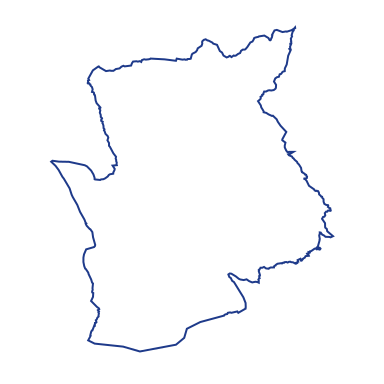 Atexcal, Puebla, Mexico (Robinson projection), rotated 350°
{"feature_id": "50627088B34758955275984", "entity_name": "Atexcal", "entity_type": "district", "adm_level": 2, "iso_a3": "MEX", "parent_name": "Mexico", "parent_adm1": "Puebla", "projection": "robinson", "projection_center": [-97.669, 18.376], "detail": "fine", "context": "isolated", "style": "outline", "palette": "blue", "viewbox_px": 384, "rotation_deg": 350, "n_neighbors": 0, "source": "geoboundaries", "source_scale": "gbopen_adm2", "svg_char_len": 5923}
<svg xmlns="http://www.w3.org/2000/svg" viewBox="0 0 384 384"><g transform="rotate(350 192 192)"><path d="M224.4,316.2L224.3,315.9L224.8,315.2L225.0,314.2L225.5,310.6L224.3,304.6L217.7,288.0L216.1,286.4L215.3,283.5L214.0,282.2L213.5,279.5L215.0,278.8L216.6,279.3L220.5,282.7L223.0,285.6L224.3,286.5L227.6,287.7L230.6,287.5L232.8,289.7L235.6,291.5L238.9,291.4L240.7,292.0L242.0,292.9L242.4,290.6L242.1,289.9L242.8,289.0L243.6,288.7L243.4,287.6L244.1,286.4L243.8,286.2L244.5,285.6L244.0,281.4L244.5,280.8L244.3,280.3L245.9,279.2L246.3,278.5L248.1,278.8L249.9,278.3L251.6,280.1L254.2,280.9L254.7,280.4L256.4,280.0L259.6,280.5L259.7,279.8L260.2,279.2L261.5,278.9L261.7,278.4L263.7,277.5L267.8,277.6L268.2,278.0L269.1,277.5L270.3,277.7L270.7,277.2L272.7,277.3L274.0,278.1L275.3,277.6L276.7,277.7L277.4,278.3L279.3,278.8L281.4,280.5L281.7,280.6L281.9,279.9L283.1,280.3L283.4,280.2L283.6,279.2L284.5,279.1L284.2,277.4L287.1,276.6L287.3,278.1L288.4,277.6L288.4,278.1L287.4,279.2L290.3,276.7L291.6,276.3L292.7,274.9L296.0,275.1L295.9,274.3L294.8,273.3L294.6,272.7L296.2,272.5L296.3,271.5L297.5,272.1L297.8,271.7L297.4,271.2L297.8,270.9L299.1,270.9L302.9,269.1L304.1,269.2L304.8,270.1L306.1,270.1L307.8,270.9L308.3,270.6L308.7,270.1L308.1,269.1L305.5,268.2L306.5,267.5L309.2,261.9L309.3,261.1L309.7,260.5L309.7,257.0L310.3,255.7L310.6,255.6L310.8,254.0L311.7,254.3L312.9,256.7L314.2,257.5L315.7,259.3L319.5,260.1L320.6,260.7L323.2,260.0L318.4,254.2L318.3,251.7L317.2,250.5L317.0,249.8L317.6,245.8L315.4,241.0L316.8,239.3L318.1,239.3L319.2,238.1L319.1,235.9L320.7,234.6L321.9,234.8L322.7,233.9L324.1,234.0L324.7,234.6L325.4,234.4L325.3,232.0L324.5,231.7L323.2,230.2L323.8,229.2L323.7,228.6L321.9,228.0L320.3,226.7L319.9,224.4L320.3,221.9L319.3,220.4L319.3,219.3L318.4,218.9L318.0,217.9L316.8,216.5L316.9,214.8L316.4,213.1L315.5,212.9L315.1,212.4L314.1,212.5L313.0,211.7L312.8,210.7L308.3,206.2L306.8,200.9L305.9,199.3L304.2,198.1L306.3,198.4L307.6,198.1L308.0,196.7L307.4,196.0L307.4,194.9L306.3,194.4L306.2,193.7L303.8,191.6L304.0,191.1L303.5,190.4L303.6,187.2L302.1,183.5L300.9,181.8L300.7,180.6L298.6,178.0L297.8,176.4L297.1,175.9L296.7,174.5L293.8,172.6L293.3,171.6L295.2,171.5L298.8,170.1L294.4,169.3L293.7,169.5L292.9,169.2L292.0,167.6L291.1,164.2L291.4,162.4L292.6,159.6L289.9,156.7L290.1,155.8L295.3,149.2L290.7,142.1L288.7,137.7L288.0,135.1L284.9,130.9L284.0,131.0L280.8,128.8L278.9,127.0L276.4,125.9L276.6,125.2L276.0,123.4L274.9,120.7L274.8,118.7L272.8,114.0L275.5,112.4L276.1,111.3L276.0,110.2L278.0,109.3L278.0,108.4L279.3,108.0L279.5,107.2L280.5,105.6L282.4,105.9L284.6,105.2L286.2,105.3L287.6,105.8L290.2,105.8L292.1,104.8L292.7,104.0L293.4,101.1L291.9,97.5L293.7,94.6L295.6,93.7L297.6,93.6L298.8,91.3L300.4,91.1L301.8,89.6L302.7,89.2L304.3,89.1L304.9,86.4L307.4,82.9L310.4,74.5L313.9,69.3L313.0,68.7L312.7,68.0L313.8,67.6L313.7,66.1L315.2,63.7L314.5,63.6L314.6,62.9L315.4,62.7L315.9,61.5L315.6,60.6L316.0,59.9L315.9,58.3L317.6,56.0L317.3,55.0L319.1,51.4L320.2,50.6L320.6,49.1L322.1,48.5L322.1,47.8L320.9,48.8L318.2,49.9L313.2,50.6L312.5,50.2L308.9,50.2L303.7,47.1L301.3,47.2L298.1,51.2L298.4,51.5L297.4,53.9L296.8,54.3L296.0,55.9L295.3,56.2L294.8,55.9L294.0,53.6L290.4,50.5L284.9,50.4L284.4,50.7L281.0,50.9L279.7,51.4L279.4,52.3L277.7,54.3L275.4,54.9L271.6,58.9L269.5,60.6L268.8,60.9L266.7,60.6L264.8,61.5L263.5,63.5L261.4,64.0L258.8,65.3L257.7,65.3L256.8,64.8L254.3,66.0L253.0,64.5L252.5,64.4L251.6,65.1L249.5,65.5L246.7,63.1L245.8,59.9L243.9,58.0L242.2,51.4L238.7,49.6L238.0,48.4L234.6,45.8L233.5,45.4L232.0,44.0L230.2,44.2L228.6,45.1L228.0,46.0L227.9,47.7L226.8,49.7L222.6,51.5L221.6,53.3L219.9,54.8L216.4,55.9L215.6,56.8L213.9,60.5L213.0,60.6L210.6,60.3L210.2,60.8L208.4,60.6L207.9,60.1L205.6,60.0L200.1,58.0L199.0,60.0L188.0,56.6L174.3,53.4L173.9,53.7L172.5,53.8L169.5,53.6L167.9,53.0L165.6,53.4L164.6,55.1L163.4,54.1L161.3,54.2L160.0,53.6L156.6,53.3L155.2,54.8L154.0,56.9L147.5,56.6L146.4,55.8L144.3,56.3L142.1,57.7L138.4,57.7L135.7,59.0L133.3,58.6L132.3,58.1L128.3,58.0L122.4,53.0L122.2,52.3L121.8,52.1L121.2,52.3L115.5,55.0L109.6,62.3L110.1,63.9L108.9,64.2L108.8,65.5L108.2,66.6L108.5,67.1L109.7,67.1L109.9,67.4L110.0,68.4L110.6,68.6L110.7,69.8L111.7,71.3L112.0,73.6L110.9,76.1L112.3,76.7L112.7,77.4L112.5,79.0L113.0,79.3L113.2,80.5L113.0,85.2L113.5,88.0L116.5,92.9L116.3,93.3L115.1,93.4L115.0,93.7L115.9,95.5L115.0,97.9L115.5,100.2L115.2,102.2L116.2,103.7L116.2,104.1L115.3,104.7L114.9,106.1L116.3,107.3L115.7,108.5L116.1,109.5L116.3,111.4L116.0,113.8L116.7,115.0L116.0,116.0L116.5,116.9L116.9,119.7L118.7,122.3L119.0,124.0L117.7,126.4L118.8,129.4L118.3,132.1L119.0,133.2L121.3,140.3L123.3,144.1L122.6,145.9L122.9,146.9L122.7,148.7L123.0,149.8L122.5,151.7L122.6,152.5L118.4,152.2L119.9,155.8L119.5,156.9L117.9,159.1L117.6,160.3L114.3,160.3L113.0,160.8L111.7,162.1L108.8,163.5L107.0,164.0L104.6,163.8L103.7,164.2L98.7,162.8L98.3,162.5L98.5,161.0L98.0,157.6L96.4,153.4L93.0,148.5L91.0,147.0L76.0,140.9L66.2,139.0L60.0,137.0L58.6,137.7L62.2,142.6L64.5,147.2L67.0,154.5L68.1,156.6L72.1,167.2L73.0,173.7L73.7,176.3L76.8,184.8L78.3,192.1L81.3,200.5L81.9,203.8L82.4,204.5L81.8,204.8L82.4,206.9L84.9,210.8L85.4,211.0L86.9,214.2L86.7,219.4L87.5,227.3L87.1,228.3L86.0,229.2L77.8,230.1L74.8,234.7L73.7,237.7L72.9,242.1L73.0,246.3L73.5,248.9L74.0,249.3L75.8,253.3L75.9,254.8L77.5,260.6L77.9,263.9L78.6,264.9L77.3,269.5L77.2,271.1L76.4,272.5L76.3,273.6L77.2,274.3L76.3,278.1L73.7,281.8L78.4,288.6L80.1,290.4L80.3,291.3L78.8,292.0L79.6,293.5L79.0,293.9L78.9,294.4L79.3,295.2L78.5,297.3L78.4,298.4L77.0,299.3L76.0,301.0L75.0,301.6L75.3,303.6L74.7,304.1L73.7,304.1L73.0,307.1L72.7,307.2L72.4,306.8L69.9,311.0L69.3,311.0L68.4,312.2L66.9,315.6L67.2,316.0L64.0,320.1L69.8,324.4L97.3,332.3L113.0,340.0L149.7,339.6L159.0,334.3L163.2,325.8L177.6,321.5L202.1,319.3L202.3,318.9L203.6,318.3L205.5,318.3L206.3,317.2L208.6,317.2L209.8,317.8L215.9,317.5L216.6,319.0L224.4,316.2Z" fill="none" stroke="#1e3a8a" stroke-width="2"/></g></svg>